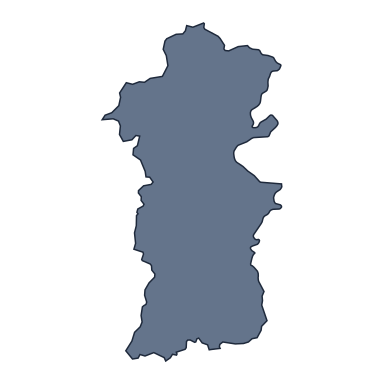 Powys, Mercator projection
{"feature_id": "GBR-2111", "entity_name": "Powys", "entity_type": "Unitary Authority (wales)", "adm_level": 1, "iso_a3": "GBR", "parent_name": "United Kingdom", "parent_adm1": "", "projection": "mercator", "projection_center": [-3.28, 52.311], "detail": "fine", "context": "isolated", "style": "filled", "palette": "slate", "viewbox_px": 384, "rotation_deg": 0, "n_neighbors": 0, "source": "natural_earth", "source_scale": "10m", "svg_char_len": 3709}
<svg xmlns="http://www.w3.org/2000/svg" viewBox="0 0 384 384"><path d="M247.5,45.6L249.4,47.7L252.6,49.2L258.3,49.7L259.1,50.1L259.7,50.6L261.0,53.2L261.8,54.1L262.8,54.8L268.0,55.5L272.4,57.0L273.5,57.6L273.7,57.9L275.6,61.3L276.5,62.3L277.4,63.1L280.6,64.7L280.9,65.5L280.6,66.4L279.5,68.9L278.3,70.0L277.2,70.7L273.6,71.0L272.4,71.3L271.7,71.7L271.0,72.5L270.5,73.5L269.6,76.3L268.3,79.0L268.1,80.2L267.9,82.2L268.1,86.0L267.5,88.8L266.9,90.4L266.0,91.2L262.5,93.3L261.8,94.0L261.3,95.2L261.0,96.9L260.5,101.0L260.2,102.4L259.8,103.4L258.6,105.1L257.0,106.5L252.0,109.6L251.3,110.3L250.8,111.2L250.4,112.5L250.4,114.2L250.6,115.6L251.3,117.7L252.7,120.3L253.2,121.2L253.5,122.2L253.5,123.4L253.2,124.4L252.2,126.1L252.2,127.0L253.0,127.6L255.0,127.7L256.4,127.5L257.5,127.0L258.2,126.3L258.7,125.4L259.7,123.4L260.3,122.6L261.1,122.0L266.2,119.1L269.8,115.6L270.6,115.1L271.6,115.1L272.5,115.4L277.1,120.7L277.7,121.9L278.0,123.1L277.8,124.2L276.9,125.7L275.5,127.4L270.7,131.8L269.0,135.9L267.8,136.7L253.6,137.6L251.7,138.4L246.8,141.8L238.3,145.2L237.5,145.8L236.3,147.3L234.1,150.9L233.8,152.1L233.7,153.3L233.8,154.5L234.1,156.8L234.4,158.2L234.9,159.6L235.4,160.7L236.0,161.5L236.7,162.3L243.0,166.5L247.7,171.0L254.3,175.7L259.1,181.1L260.4,182.2L281.3,183.9L281.5,183.9L281.8,186.8L281.3,187.9L280.2,189.5L276.4,192.0L275.1,193.4L274.2,195.4L273.6,197.5L273.6,198.0L274.1,201.2L274.7,202.5L275.5,203.5L280.2,204.8L281.0,205.4L281.5,206.2L281.5,207.1L280.4,208.5L279.3,209.0L273.0,209.3L271.3,209.9L270.5,210.5L269.9,211.0L268.7,213.1L268.1,213.8L267.3,214.5L264.8,215.9L264.0,216.6L263.5,217.4L263.0,218.4L262.1,221.9L261.1,223.7L253.6,234.7L253.3,236.0L253.6,237.3L255.1,239.2L256.3,239.7L257.3,239.7L258.2,239.4L259.1,239.8L259.5,240.7L259.0,242.3L258.3,243.4L257.4,244.3L252.5,246.0L250.9,246.9L250.4,247.8L250.6,249.0L251.9,250.7L254.7,252.6L254.8,253.0L254.7,253.4L253.7,254.2L253.2,255.0L252.6,256.1L251.8,258.7L250.6,263.9L250.7,264.6L251.0,265.3L252.4,265.9L254.1,267.4L257.3,271.1L257.8,272.2L258.2,273.6L258.3,276.1L258.1,277.6L258.3,279.9L258.7,281.5L264.0,291.5L262.1,296.1L262.5,300.7L261.7,305.1L267.0,320.7L261.6,326.3L261.1,330.3L257.1,337.7L252.1,338.7L248.4,342.0L244.5,343.2L243.5,343.5L235.3,343.9L222.8,342.0L219.8,344.4L219.4,346.8L220.1,348.4L211.8,349.4L209.2,349.8L207.6,344.8L202.2,342.9L198.7,338.1L196.9,338.8L195.8,341.9L194.7,342.3L193.1,341.5L190.2,340.0L187.7,340.1L186.5,341.5L186.2,347.7L185.1,349.3L176.3,352.2L177.0,354.0L176.5,355.1L172.5,354.3L170.3,357.8L165.7,361.0L164.2,357.6L153.8,352.6L145.0,356.0L140.0,354.5L138.1,358.1L132.5,359.0L125.8,350.8L131.9,341.1L134.6,332.3L140.2,326.8L142.1,322.0L141.1,315.5L142.4,306.9L143.9,305.6L146.0,304.4L146.7,302.1L144.6,295.2L145.0,289.9L149.1,282.8L154.6,277.2L154.9,274.0L151.8,270.1L151.5,265.7L150.2,264.0L142.3,260.6L141.7,259.5L143.5,254.1L143.0,252.2L136.6,250.1L133.9,249.2L135.6,243.4L134.5,232.9L136.3,225.7L136.5,215.6L138.0,213.8L136.9,212.3L137.8,209.0L143.1,206.1L144.0,204.2L141.1,200.4L141.3,196.7L138.4,193.0L138.5,190.6L143.6,185.8L151.2,184.4L153.1,182.0L149.7,177.2L146.0,176.9L145.2,171.4L140.5,160.0L133.0,154.8L133.6,148.4L137.4,145.7L139.7,136.1L135.9,135.5L131.9,139.8L123.3,141.4L119.5,134.5L120.4,125.9L118.5,121.1L113.2,118.8L102.2,119.7L105.1,115.2L111.8,112.7L118.8,105.7L120.6,97.3L119.6,93.0L126.3,82.7L132.6,84.3L139.3,81.8L144.5,82.3L150.2,78.4L162.4,76.4L167.9,65.7L166.3,55.6L163.2,49.3L165.0,41.0L166.8,38.7L176.1,34.3L182.8,33.9L185.4,30.8L186.7,25.6L192.9,27.2L201.3,23.9L203.6,23.0L204.3,23.7L203.8,27.5L204.8,29.2L218.1,36.3L220.1,38.5L224.5,45.3L223.9,48.9L225.1,50.5L228.7,50.9L238.2,46.6L247.4,45.6L247.5,45.6Z" fill="#64748b" stroke="#1e293b" stroke-width="1.5"/></svg>